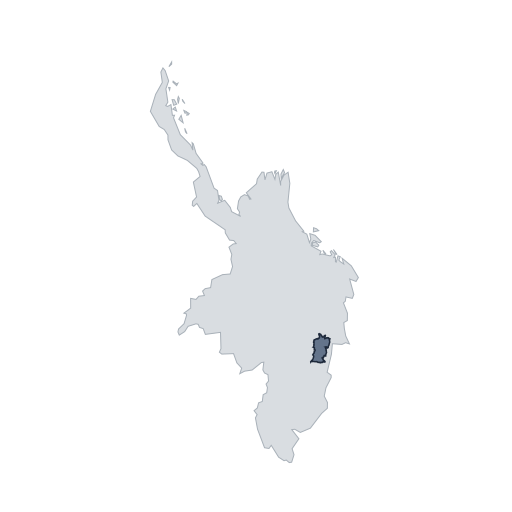 location of Mawlaik, Sagaing, Myanmar, rotated 166°
{"feature_id": "60261553B47097675193132", "entity_name": "Mawlaik", "entity_type": "district", "adm_level": 2, "iso_a3": "MMR", "parent_name": "Myanmar", "parent_adm1": "Sagaing", "projection": "orthographic", "projection_center": [94.742, 23.948], "detail": "fine", "context": "in_parent", "style": "filled", "palette": "slate", "viewbox_px": 512, "rotation_deg": 166, "n_neighbors": 0, "source": "geoboundaries", "source_scale": "gbopen_adm2", "svg_char_len": 8055}
<svg xmlns="http://www.w3.org/2000/svg" viewBox="0 0 512 512"><g transform="rotate(166 256 256)"><path d="M329.7,230.7L324.7,228.4L321.2,230.8L315.6,230.1L316.3,234.9L313.2,236.6L307.7,236.3L304.5,243.8L293.0,246.0L285.4,244.8L281.3,251.4L281.1,258.9L279.1,263.4L280.1,271.1L275.2,273.2L272.2,272.8L273.9,276.4L277.8,277.8L280.2,285.8L279.6,288.9L295.7,307.0L300.7,321.3L304.5,319.2L305.6,320.7L304.2,324.5L299.4,327.6L298.9,342.9L291.0,346.7L291.3,351.8L292.3,355.4L299.5,365.4L307.6,372.0L312.2,379.3L313.3,390.0L312.2,394.6L314.4,400.9L318.6,405.1L323.5,421.9L314.3,437.1L304.9,447.1L303.8,457.5L300.8,461.0L299.3,457.8L298.4,447.0L303.0,440.0L304.3,426.6L307.2,423.7L305.6,422.5L301.9,423.5L303.1,412.7L301.0,412.3L302.6,410.0L300.1,392.0L292.7,379.5L291.6,374.0L290.6,381.4L289.7,380.0L289.3,370.0L285.0,359.2L285.4,358.2L287.4,359.1L285.6,356.7L284.1,357.3L282.8,354.6L280.3,332.0L277.5,328.8L278.5,319.0L280.4,316.5L272.9,317.6L269.2,309.4L268.9,304.9L261.3,298.1L262.6,300.3L261.3,302.6L262.6,306.4L259.6,313.6L256.5,317.0L252.4,318.3L249.2,316.3L248.4,312.5L247.1,312.5L250.1,319.7L238.0,326.0L236.2,330.3L229.9,336.0L228.0,335.3L228.9,327.7L225.3,333.8L220.2,333.9L219.1,325.8L217.0,330.5L214.1,332.0L215.0,318.4L214.1,322.3L209.3,327.7L204.6,329.5L205.6,318.3L212.0,300.5L212.5,294.7L209.1,280.5L203.6,268.5L205.2,268.3L201.4,264.9L200.9,256.0L198.7,259.2L198.4,264.7L193.7,261.8L189.2,254.1L191.0,253.4L196.2,257.1L199.2,255.0L200.0,252.5L191.8,244.9L193.8,241.9L191.2,241.9L184.1,238.2L182.2,238.9L183.0,242.1L181.5,243.0L178.9,238.1L180.9,235.7L179.2,235.6L180.3,231.3L179.7,230.6L176.4,236.3L174.4,234.9L176.6,232.0L175.8,230.4L172.8,227.0L173.0,233.0L165.9,223.4L161.9,210.3L165.1,207.1L170.7,211.0L170.4,195.0L172.8,191.6L178.6,194.5L180.3,190.5L182.5,189.4L181.1,178.4L183.0,171.3L186.9,170.2L187.8,164.5L188.3,156.7L186.6,148.1L190.0,150.2L194.0,149.4L203.1,152.4L206.6,142.4L215.1,126.0L211.9,122.2L212.5,119.8L220.0,111.2L223.7,103.5L222.1,96.6L223.6,91.0L230.4,87.4L244.9,75.8L255.7,74.1L260.3,78.5L263.3,78.9L258.6,68.3L267.6,60.3L267.2,54.0L271.3,47.3L273.7,47.5L276.0,50.7L278.3,50.6L282.7,55.3L287.0,68.6L290.0,66.1L294.1,67.9L296.4,87.6L295.7,99.1L293.3,101.8L295.3,106.4L291.5,108.2L289.0,112.9L285.1,113.3L282.6,119.7L278.7,120.7L276.7,125.6L277.2,129.3L274.1,131.6L273.1,138.0L276.0,140.4L276.9,143.8L274.1,151.1L276.6,151.3L287.3,146.3L295.0,147.0L300.2,145.7L297.0,150.7L300.4,156.9L301.4,166.7L312.9,169.1L314.8,171.5L312.4,174.6L308.9,190.5L324.1,192.2L324.8,198.3L328.1,200.4L328.6,203.7L330.7,204.7L338.9,204.2L343.5,199.9L349.6,197.8L350.1,201.2L348.8,203.9L342.2,207.7L337.8,215.1L337.6,216.7L339.8,218.0L332.0,221.2L329.7,230.7ZM193.9,249.9L198.8,252.8L197.9,255.0L194.8,255.1L192.4,251.3L193.9,249.9ZM294.5,402.9L297.8,407.3L294.6,410.5L294.5,402.9ZM193.3,269.5L190.7,267.8L189.0,265.4L194.5,265.5L193.3,269.5ZM299.4,422.1L299.6,428.0L297.5,427.4L296.2,422.5L299.4,422.1ZM212.0,329.4L208.6,333.3L208.1,330.0L212.8,325.3L212.0,329.4ZM277.2,323.6L275.2,322.4L274.9,319.0L276.5,318.0L277.7,319.6L277.2,323.6ZM292.8,429.5L292.3,427.5L294.5,422.7L294.2,426.9L292.8,429.5ZM291.8,440.5L294.6,444.8L294.1,445.7L291.5,442.3L289.9,442.6L291.8,440.5ZM301.2,418.7L298.3,420.0L298.0,415.9L301.2,418.7ZM294.7,460.8L290.9,464.7L291.4,462.6L294.7,460.8ZM178.0,238.7L179.3,243.6L177.0,237.8L178.0,238.7ZM294.4,393.5L294.3,397.2L293.3,391.3L294.4,393.5ZM189.2,242.3L189.7,245.4L187.6,241.0L189.2,242.3ZM290.8,414.7L288.5,412.9L289.3,411.6L290.4,411.8L290.8,414.7ZM289.1,409.4L287.8,411.9L286.3,410.4L287.5,409.3L289.1,409.4ZM289.6,423.9L289.7,426.0L288.1,421.1L289.6,423.9ZM217.2,333.9L215.6,333.8L217.7,331.4L217.9,332.3L217.2,333.9ZM300.0,440.7L298.6,440.3L299.7,437.9L300.0,440.7Z" fill="#d9dde1" stroke="#a8b0b8" stroke-width="1"/><path d="M212.6,142.1L212.5,142.5L212.4,142.7L212.2,143.1L211.9,143.9L211.8,144.1L211.6,144.4L211.5,144.5L211.2,144.9L211.0,145.2L210.9,145.3L210.9,145.5L210.9,146.2L210.8,146.6L210.7,147.1L210.8,147.2L210.9,147.3L210.7,147.6L210.6,147.8L210.7,148.1L210.6,148.4L210.6,148.9L210.8,149.3L210.8,149.6L210.6,149.7L210.7,149.9L210.6,150.1L210.5,150.5L210.7,150.8L210.8,150.9L210.5,150.9L210.3,151.0L210.1,150.9L209.9,150.6L209.8,150.4L209.7,150.3L209.5,150.2L209.3,150.2L209.2,150.4L209.0,150.2L209.1,149.8L209.2,149.6L209.3,149.5L209.1,149.4L208.7,149.6L208.3,149.6L208.1,149.7L208.0,150.3L207.7,150.8L207.6,151.0L207.2,151.4L206.9,151.8L206.6,152.1L206.6,152.4L206.4,152.7L206.3,152.9L205.9,153.6L205.8,153.9L205.5,154.1L205.4,154.3L205.2,155.3L205.1,155.5L205.1,155.8L205.1,156.0L205.2,156.3L204.7,157.1L204.6,157.4L204.5,157.5L204.3,157.7L204.6,157.9L204.9,157.9L205.1,158.0L205.4,158.1L205.4,158.3L205.2,158.5L205.3,158.9L205.5,159.1L205.9,158.9L206.2,159.2L206.3,159.2L206.8,159.4L206.8,159.5L207.1,159.5L207.4,159.4L207.5,159.5L208.1,159.3L208.2,159.2L208.9,159.2L209.1,159.1L209.3,159.1L209.3,159.3L209.2,159.6L209.3,160.2L209.3,160.3L209.2,160.5L208.7,160.7L208.6,160.8L208.4,161.1L208.4,161.3L208.2,161.6L207.9,162.0L208.0,162.2L208.3,162.0L208.5,161.7L208.9,161.3L209.0,161.4L209.2,161.9L209.8,161.2L210.0,161.1L210.5,161.2L211.1,161.2L211.3,161.4L211.5,161.7L211.5,162.0L211.4,162.1L211.5,162.2L211.5,162.3L211.5,162.5L211.6,162.8L211.6,163.0L211.8,163.3L211.8,163.5L212.0,163.7L212.3,163.8L212.3,164.0L212.3,164.3L212.5,164.3L212.8,164.5L212.9,164.8L212.9,165.0L213.0,165.2L213.3,165.1L213.6,164.9L213.8,165.0L213.8,164.7L214.0,164.6L214.0,164.1L213.8,163.1L213.8,162.8L213.7,162.4L213.8,162.3L214.0,162.1L214.0,161.8L214.1,161.7L214.3,161.5L214.3,161.3L214.4,161.2L214.5,161.1L214.8,161.2L215.0,161.2L215.3,161.0L215.5,160.9L215.5,160.7L215.9,160.5L216.0,160.6L216.3,160.6L216.5,160.9L216.7,160.7L217.0,160.9L217.2,161.0L217.3,161.0L217.4,160.9L217.6,161.0L218.0,160.9L218.3,160.7L218.5,160.7L218.9,160.5L219.1,160.6L219.3,160.5L219.5,160.6L219.8,160.5L220.2,160.3L220.2,160.2L220.3,159.5L220.4,159.3L220.5,159.2L220.5,158.9L220.5,158.7L220.9,158.7L221.0,158.6L221.0,158.2L220.8,158.1L220.7,157.9L221.0,156.8L221.0,156.7L221.2,156.3L221.1,156.1L221.3,155.9L221.5,155.7L221.5,155.2L221.4,155.2L221.5,154.7L221.8,154.5L222.1,154.2L222.1,153.8L222.2,153.6L222.2,153.4L222.3,153.4L222.2,153.3L221.9,153.1L221.5,152.9L221.5,152.6L221.7,152.3L221.7,152.1L221.8,152.0L221.8,151.8L222.0,151.4L221.8,151.3L221.6,151.1L221.5,150.9L221.5,150.7L221.4,150.5L221.5,150.2L221.6,149.9L221.8,149.8L222.0,149.7L222.3,149.2L222.5,149.3L222.5,149.2L222.5,149.3L222.7,148.9L222.9,148.3L223.0,148.3L223.1,148.0L223.2,147.8L223.3,147.6L223.5,147.6L223.9,147.4L224.1,147.1L224.8,146.4L224.7,146.3L224.6,146.0L224.4,146.0L224.3,145.7L224.3,145.4L224.3,144.7L224.5,144.2L224.7,143.8L224.7,143.7L225.0,143.3L225.1,143.2L225.3,142.7L225.9,142.0L226.2,141.8L226.4,141.5L226.6,141.5L226.8,141.3L227.3,141.1L227.4,140.9L227.5,140.8L227.5,140.6L228.0,140.6L228.4,140.3L228.5,140.2L228.5,139.9L228.4,140.0L228.2,140.2L227.7,140.2L227.3,140.3L227.2,140.2L227.0,140.4L226.8,140.4L226.7,140.4L226.7,140.2L226.5,139.9L226.1,139.9L225.8,139.8L225.7,139.7L225.2,139.6L224.9,139.5L224.7,139.3L224.5,139.2L224.2,139.1L223.7,139.1L223.3,138.9L223.1,138.8L222.8,138.9L222.7,138.8L222.4,138.7L222.2,138.4L222.0,138.2L221.8,138.2L221.7,138.0L221.6,137.8L221.4,137.8L221.2,137.7L220.8,137.5L220.6,137.5L220.4,137.6L220.1,137.3L220.0,137.2L219.9,137.1L219.7,136.9L219.3,136.8L219.1,137.1L218.6,137.2L218.3,136.8L218.0,136.8L217.9,136.7L217.7,136.7L217.4,136.6L216.9,136.7L216.8,137.0L216.6,137.3L216.4,137.4L216.3,137.0L216.1,137.0L215.8,137.0L215.7,137.1L215.4,137.3L215.3,136.9L215.3,136.6L215.2,136.5L214.6,136.6L214.6,137.0L214.9,137.6L215.2,138.1L215.4,138.3L215.7,138.7L215.8,139.1L216.0,139.2L216.1,139.3L216.1,139.5L216.0,139.9L215.9,140.2L216.3,140.4L216.4,140.6L216.5,140.9L216.5,141.2L216.3,141.3L215.7,141.5L215.4,141.5L215.3,141.4L215.3,141.2L215.2,141.1L214.7,141.7L214.6,141.9L214.6,142.0L214.4,142.2L214.2,142.3L214.1,142.6L214.1,142.8L213.9,143.0L213.6,142.9L213.5,142.7L213.4,142.7L213.2,142.8L213.2,142.7L213.0,142.4L212.9,142.3L212.9,142.2L212.6,142.1Z" fill="#64748b" stroke="#1e293b" stroke-width="1.5"/></g></svg>